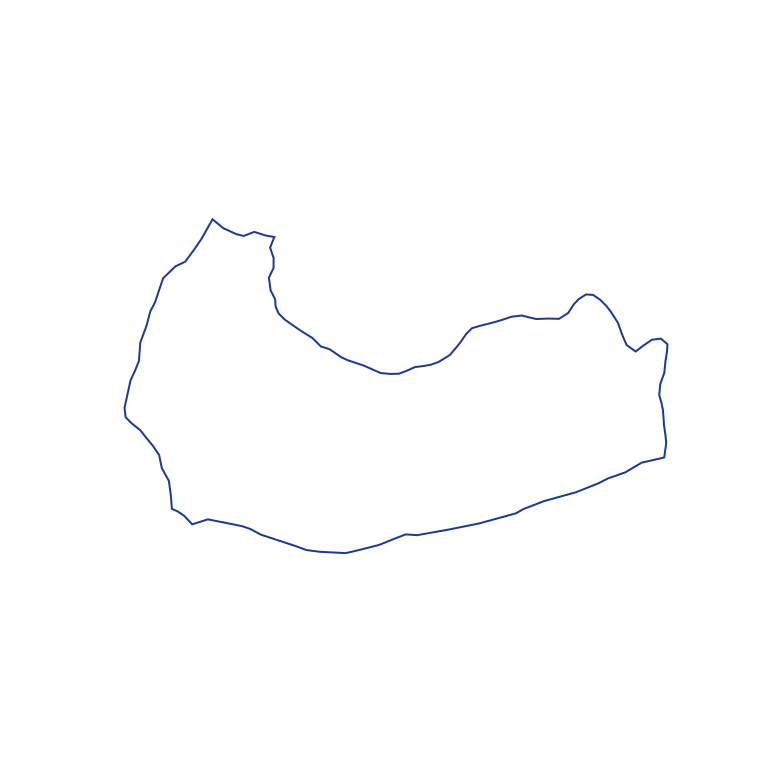 Fronteira, Minas Gerais, Brazil (Albers equal-area conic projection), rotated 50°
{"feature_id": "56859067B13167953379516", "entity_name": "Fronteira", "entity_type": "district", "adm_level": 2, "iso_a3": "BRA", "parent_name": "Brazil", "parent_adm1": "Minas Gerais", "projection": "albers", "projection_center": [-49.164, -20.219], "detail": "fine", "context": "isolated", "style": "outline", "palette": "blue", "viewbox_px": 768, "rotation_deg": 50, "n_neighbors": 0, "source": "geoboundaries", "source_scale": "gbopen_adm2", "svg_char_len": 1689}
<svg xmlns="http://www.w3.org/2000/svg" viewBox="0 0 768 768"><g transform="rotate(50 384 384)"><path d="M620.4,216.6L610.7,205.8L603.5,200.9L595.7,196.1L590.0,191.9L583.3,187.1L576.6,183.5L569.4,180.3L561.5,172.3L555.7,162.2L547.7,154.0L541.1,146.4L535.7,141.3L527.3,142.7L522.3,150.3L521.3,160.7L520.9,170.3L510.1,173.1L499.1,169.8L487.6,165.5L474.8,163.8L467.3,163.5L458.7,164.2L450.1,166.6L445.2,171.8L444.2,179.8L444.9,187.1L448.0,197.3L446.6,208.0L439.2,216.4L432.1,225.6L426.1,230.1L420.1,234.4L414.3,243.3L410.5,253.1L407.1,260.7L401.7,271.9L397.8,280.7L398.5,288.9L401.1,298.3L402.6,305.9L404.1,315.0L402.2,328.1L399.2,336.0L395.7,342.1L390.9,349.5L388.3,358.7L385.7,366.0L380.4,372.6L373.5,379.5L364.4,384.0L357.0,387.6L349.5,392.2L342.3,396.6L336.0,399.5L329.3,401.4L322.2,403.4L314.7,408.2L302.6,409.3L291.4,413.0L280.3,416.1L270.9,418.6L262.4,419.4L255.3,417.4L249.1,412.9L239.5,410.7L228.6,403.9L224.1,394.0L216.6,387.6L206.3,383.6L200.9,373.5L194.3,379.1L184.1,385.6L180.4,396.3L174.4,400.7L161.3,407.0L147.6,409.5L155.5,430.5L159.1,443.4L162.5,457.7L159.8,468.1L161.0,485.2L174.4,507.2L178.2,516.4L186.8,528.6L195.7,544.2L208.8,556.9L214.1,566.8L218.2,575.7L235.4,598.0L243.2,603.2L250.8,602.8L262.8,600.4L272.1,600.7L282.9,600.8L293.8,601.9L305.7,608.3L320.0,611.1L333.1,619.4L343.2,626.7L349.4,623.8L356.1,621.9L368.2,621.1L374.5,605.9L401.4,584.3L408.9,579.7L420.2,575.2L451.5,555.8L461.3,550.2L471.4,540.9L488.8,522.2L492.8,514.6L504.0,491.5L509.1,475.9L513.2,464.0L521.1,455.8L537.2,427.8L551.8,401.1L567.9,366.0L569.5,357.3L576.5,336.8L590.3,306.5L597.8,283.9L600.4,272.8L606.8,255.9L609.8,237.3L620.4,216.6Z" fill="none" stroke="#1e3a8a" stroke-width="2"/></g></svg>